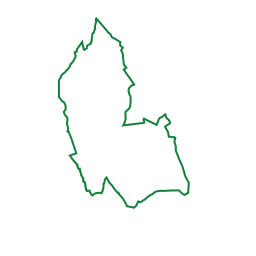 Bunesti, Suceava, Romania (Equal Earth projection), rotated 212°
{"feature_id": "2599482B56325809571103", "entity_name": "Bunesti", "entity_type": "district", "adm_level": 2, "iso_a3": "ROU", "parent_name": "Romania", "parent_adm1": "Suceava", "projection": "equal_earth", "projection_center": [26.308, 47.515], "detail": "fine", "context": "isolated", "style": "outline", "palette": "green", "viewbox_px": 256, "rotation_deg": 212, "n_neighbors": 0, "source": "geoboundaries", "source_scale": "gbopen_adm2", "svg_char_len": 5760}
<svg xmlns="http://www.w3.org/2000/svg" viewBox="0 0 256 256"><g transform="rotate(212 128 128)"><path d="M180.2,196.9L181.9,196.7L184.8,196.8L185.5,196.9L186.2,196.8L187.2,196.6L189.1,196.4L189.9,196.5L191.3,197.2L192.5,198.3L193.5,198.5L195.2,198.4L195.5,198.5L198.6,199.8L201.1,200.3L201.7,200.7L206.8,202.3L208.7,202.8L212.9,204.1L213.0,203.6L212.7,203.2L212.5,202.5L211.9,202.0L211.7,201.4L211.2,201.1L211.0,200.2L210.7,199.6L210.6,198.6L209.8,196.6L209.4,196.0L209.3,195.6L208.8,195.0L208.4,194.8L208.2,194.0L208.3,193.4L207.6,190.6L208.2,189.3L207.1,186.9L206.6,186.1L206.5,185.7L206.3,184.9L206.0,184.3L204.8,182.5L205.0,181.6L204.9,181.4L204.2,180.2L205.8,177.1L206.2,176.3L206.2,176.0L205.4,173.8L205.1,173.5L205.1,173.4L205.7,172.6L206.0,172.1L206.2,171.4L206.5,171.0L207.1,171.1L207.4,171.3L207.6,171.5L207.8,171.8L208.6,172.7L209.4,173.6L210.1,174.1L212.5,176.7L212.6,174.0L213.0,168.4L212.9,167.7L212.9,167.4L212.6,166.7L212.1,165.9L212.0,165.4L212.8,164.8L213.2,164.3L213.2,163.9L212.9,163.3L210.8,161.7L210.4,161.1L210.3,159.9L210.1,159.7L210.0,158.5L209.9,157.4L209.9,155.4L209.9,154.5L210.1,154.1L210.1,153.0L210.5,151.7L210.4,151.3L210.3,150.8L210.1,150.3L210.0,149.5L210.0,147.8L210.2,145.9L210.2,145.5L210.7,144.8L210.7,144.4L210.9,142.2L212.0,139.1L212.2,138.2L212.3,136.8L212.2,136.0L211.8,135.5L211.8,135.3L212.0,133.2L211.8,131.8L211.6,131.3L208.9,127.2L208.7,126.5L207.7,125.3L207.4,124.6L206.2,122.9L203.7,118.8L203.1,117.7L202.5,117.6L200.7,116.9L199.6,116.4L198.4,115.9L196.1,115.9L195.4,115.7L193.1,114.1L192.6,113.7L192.3,113.2L191.9,112.4L191.4,111.9L191.0,111.2L190.8,110.5L190.8,109.8L191.0,108.0L190.7,107.5L190.1,106.8L188.4,105.8L187.1,105.2L185.6,104.9L185.3,104.8L184.9,104.6L184.0,103.3L183.3,102.1L182.7,100.4L182.6,100.1L181.7,99.0L180.1,97.5L179.8,97.1L179.4,96.8L179.1,96.4L178.4,95.7L178.2,95.3L177.8,94.9L177.7,94.6L177.5,94.0L177.5,93.8L177.7,93.5L177.6,93.1L177.5,92.9L176.9,93.1L176.4,93.4L174.8,92.2L171.6,90.0L168.9,87.8L167.0,86.1L163.9,83.7L161.7,81.8L159.9,80.4L158.4,79.1L162.7,73.8L162.0,73.6L161.7,73.4L161.4,73.3L160.6,72.9L159.9,72.7L159.7,72.6L159.5,72.4L158.9,72.2L157.7,71.8L157.1,71.7L155.6,71.1L155.3,71.1L155.0,70.9L154.9,70.8L154.2,70.7L153.8,70.5L153.3,70.5L153.2,70.6L152.8,70.5L152.6,70.4L152.5,70.0L151.5,69.7L151.1,69.7L151.1,69.3L150.8,68.7L150.3,68.6L150.0,68.3L149.8,68.3L149.6,68.0L149.1,67.7L148.9,67.5L148.7,67.6L148.4,67.4L148.1,67.3L148.0,67.2L147.9,67.3L147.7,67.2L147.5,67.3L147.4,67.3L147.2,67.6L147.1,67.4L146.9,67.2L146.7,67.3L146.4,67.1L146.3,66.6L146.1,66.5L145.8,66.2L145.5,66.1L145.2,65.8L145.1,65.4L144.7,65.3L144.1,64.7L143.8,64.6L143.3,64.1L143.2,63.8L142.9,63.6L142.9,63.3L142.6,63.1L142.3,62.9L141.9,62.9L141.7,62.9L141.4,62.6L141.3,62.4L141.2,62.3L140.9,62.3L140.6,62.1L139.9,61.9L139.5,61.7L139.2,61.3L138.8,60.4L138.6,60.2L138.2,60.3L138.1,60.2L137.9,59.3L137.8,59.1L137.5,58.9L137.2,59.0L136.8,59.0L136.6,59.4L136.3,59.4L136.1,59.3L135.9,59.0L135.9,58.7L135.7,58.6L135.3,58.5L135.2,58.3L134.5,58.0L134.2,57.3L134.1,56.7L133.7,56.4L133.4,56.5L132.9,55.7L132.3,55.1L132.3,54.8L132.0,54.6L131.5,54.6L131.1,54.2L131.2,53.9L130.4,53.2L129.6,52.7L128.3,53.9L127.5,54.5L127.2,54.5L127.0,54.3L126.9,53.9L126.7,53.7L126.4,53.4L125.5,53.1L123.9,52.1L123.6,52.0L122.4,51.9L122.0,52.7L121.8,53.9L121.5,54.6L121.0,55.3L120.2,56.1L118.9,57.3L117.5,58.0L117.3,58.2L116.8,58.5L116.5,58.6L116.0,58.6L116.0,59.9L116.2,60.3L116.1,60.8L116.3,61.1L116.4,61.5L116.4,62.1L116.6,62.8L117.1,64.1L118.0,65.7L118.4,66.5L118.9,67.1L119.1,67.6L118.9,67.8L119.0,69.0L119.5,70.2L119.9,70.9L120.3,72.3L120.3,72.7L120.3,73.0L120.1,74.1L120.0,74.7L117.5,73.2L117.0,72.9L115.3,72.0L114.4,71.7L112.6,71.2L109.9,70.4L109.3,69.9L104.5,68.2L100.9,67.2L101.0,67.6L100.2,67.2L98.9,66.6L96.3,65.9L94.5,65.2L93.8,64.9L92.1,64.0L87.9,61.6L87.3,61.1L82.8,63.0L81.8,63.3L81.0,63.3L80.1,65.3L79.9,66.1L79.9,66.8L80.4,71.2L78.3,71.5L78.0,71.7L77.8,72.0L76.9,74.5L75.9,76.1L75.7,76.7L75.5,77.3L75.0,79.4L74.2,81.3L73.1,83.7L72.1,85.2L71.9,85.7L71.4,87.5L71.0,88.3L70.7,88.7L68.9,90.6L67.4,91.9L66.5,92.4L65.6,92.8L64.9,93.2L63.5,94.2L61.5,95.6L57.8,98.2L54.2,100.5L52.4,101.6L51.6,102.2L51.3,102.2L50.3,101.7L49.1,101.4L45.4,101.1L45.0,101.1L44.7,101.2L44.6,101.4L44.4,101.8L44.3,101.7L43.5,102.9L43.2,103.6L43.2,104.0L43.2,104.4L43.0,104.5L42.8,104.6L43.1,105.8L46.1,111.4L47.5,113.8L54.1,117.6L56.2,119.4L56.5,120.2L56.9,120.5L57.6,120.8L62.1,124.8L67.0,127.9L75.5,134.2L77.2,136.9L77.7,137.7L80.8,140.4L81.3,140.8L82.7,144.8L84.4,144.6L84.5,144.2L84.8,144.0L87.5,143.0L88.3,142.6L88.8,142.2L90.4,144.2L91.7,145.5L93.0,146.4L93.7,146.8L96.9,148.4L97.1,148.6L97.2,149.0L97.1,149.4L95.7,152.4L95.1,153.7L94.9,154.3L95.0,154.7L95.1,154.9L95.5,155.2L96.9,155.9L97.6,156.4L98.7,156.6L100.7,156.9L102.2,158.2L103.6,159.3L104.1,158.3L104.5,156.4L104.8,155.8L105.6,154.5L106.3,153.3L106.5,152.4L106.4,151.1L105.4,145.8L119.5,144.4L119.5,144.1L119.2,143.2L118.4,142.5L117.2,141.7L117.1,141.3L117.3,140.7L122.7,136.4L133.4,127.7L133.8,130.8L134.0,132.0L134.8,134.5L135.7,136.0L136.7,137.1L137.1,137.7L137.4,138.3L137.6,138.7L138.4,139.5L138.6,139.9L138.5,140.6L138.4,141.4L137.5,144.5L137.3,145.6L137.4,146.8L137.7,147.7L139.7,151.5L140.0,152.3L141.0,153.7L142.1,155.5L142.7,156.1L143.6,156.7L145.0,157.4L145.5,157.9L146.6,159.1L146.8,159.5L147.1,159.7L147.2,159.9L148.0,161.3L147.9,161.7L148.1,162.4L148.1,163.0L147.8,164.7L147.6,165.5L147.2,166.3L146.5,167.2L145.8,167.7L145.7,168.0L151.3,170.6L158.5,173.5L162.5,175.2L161.3,178.2L162.4,178.7L162.6,178.4L165.3,179.8L165.9,180.3L166.4,181.3L168.3,183.7L169.2,184.5L169.7,184.9L170.8,187.2L171.1,187.6L172.4,188.5L175.0,190.4L175.0,191.0L174.9,191.8L175.0,193.4L178.2,193.7L178.5,194.2L179.3,195.2L180.2,196.9Z" fill="none" stroke="#15803d" stroke-width="2"/></g></svg>